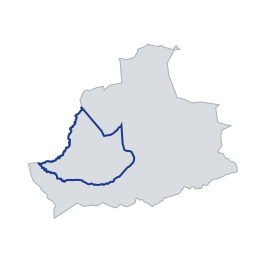 El Beni on a map of Bolivia (Natural Earth projection), rotated 263°
{"feature_id": "BOL-1293", "entity_name": "El Beni", "entity_type": "Department", "adm_level": 1, "iso_a3": "BOL", "parent_name": "Bolivia", "parent_adm1": "", "projection": "natural_earth1", "projection_center": [-65.092, -13.43], "detail": "fine", "context": "in_parent", "style": "outline", "palette": "blue", "viewbox_px": 256, "rotation_deg": 263, "n_neighbors": 0, "source": "natural_earth", "source_scale": "10m", "svg_char_len": 8645}
<svg xmlns="http://www.w3.org/2000/svg" viewBox="0 0 256 256"><g transform="rotate(263 128 128)"><path d="M49.1,148.6L48.7,145.0L48.1,144.1L47.3,143.5L47.0,142.8L47.3,142.0L48.9,140.5L49.8,140.2L50.0,139.5L52.9,135.2L53.8,134.3L54.9,133.7L55.3,133.2L55.1,131.7L55.1,130.6L55.5,130.0L57.5,128.7L57.6,128.1L56.7,127.3L54.9,126.6L53.7,126.6L52.6,125.5L50.3,119.0L49.9,117.5L49.9,116.9L51.4,113.7L53.2,111.2L53.0,110.6L51.0,108.0L50.4,106.9L50.6,104.2L51.7,103.4L52.3,101.1L52.7,100.7L53.8,99.1L55.2,97.7L55.3,95.9L55.8,95.4L57.0,94.9L57.1,94.4L56.8,93.2L56.2,92.0L55.7,91.4L55.1,88.3L54.4,86.8L55.1,85.4L55.6,83.8L55.7,82.0L55.6,74.2L57.1,72.2L57.8,71.8L58.5,71.1L58.5,69.9L59.5,68.2L47.4,43.9L52.1,44.0L57.2,44.9L58.1,45.4L58.3,46.2L58.9,46.6L60.3,46.4L64.5,44.3L65.1,43.6L66.5,41.3L67.7,40.0L68.7,39.6L70.9,39.4L71.5,39.8L72.4,39.7L73.1,38.4L74.3,36.9L76.5,35.1L77.6,34.6L78.3,34.0L79.5,33.9L80.6,33.2L85.7,28.6L87.8,27.4L90.2,26.9L92.0,26.3L96.6,25.6L99.5,25.4L100.4,26.0L101.5,25.8L102.4,24.8L103.1,24.5L103.7,24.5L104.5,25.7L104.9,27.0L104.6,28.0L104.6,29.4L105.0,31.3L104.8,33.0L103.1,36.0L103.0,37.0L103.1,38.2L103.6,40.2L104.5,43.0L104.7,45.1L104.0,46.4L103.7,47.6L103.8,48.5L104.0,49.2L104.4,49.6L104.6,50.4L104.7,51.6L105.2,52.7L106.2,53.8L106.7,54.8L106.5,55.8L106.5,56.4L106.8,56.7L107.5,56.2L107.8,56.3L108.5,57.7L109.0,59.1L109.1,60.0L111.3,60.8L114.2,63.6L115.6,64.3L116.8,67.3L119.0,67.9L123.3,68.7L125.3,67.7L126.6,67.9L128.0,68.5L131.2,71.0L132.5,71.5L133.5,70.8L134.3,70.6L135.0,70.9L135.7,73.0L138.1,75.3L139.0,76.0L140.1,76.0L144.6,78.1L145.7,78.3L146.9,78.1L147.7,78.6L148.0,79.8L150.0,82.4L151.0,83.4L152.1,84.3L155.0,84.3L155.8,84.5L161.7,83.7L163.8,84.9L169.3,88.4L170.4,90.8L170.6,92.0L170.3,93.3L169.8,93.8L169.7,94.6L169.9,95.9L170.7,97.0L171.5,100.7L172.0,101.4L172.3,108.8L168.2,109.0L168.9,109.7L172.7,115.0L173.5,127.4L195.4,128.3L195.9,128.3L197.6,127.6L198.0,127.6L197.9,130.9L196.2,133.4L196.1,134.1L196.3,137.5L196.9,140.1L197.1,142.5L197.8,143.3L199.7,144.6L202.5,146.9L203.6,147.2L204.6,146.9L205.2,147.9L205.3,149.4L207.8,156.5L208.2,157.4L209.0,157.9L208.8,158.3L208.2,158.4L207.9,159.0L205.0,168.9L205.7,169.0L205.9,171.0L205.0,171.1L204.8,171.6L200.3,182.0L203.8,185.7L203.4,186.3L201.7,186.9L200.7,188.4L199.8,188.6L200.1,186.0L199.9,183.7L199.6,183.2L187.6,174.8L175.4,175.0L155.4,179.8L152.1,180.4L149.9,186.9L145.1,194.9L145.1,202.8L140.0,221.2L138.8,220.0L137.9,218.3L137.6,217.5L126.5,217.6L126.0,217.9L125.2,217.9L124.6,217.6L124.1,217.6L123.3,218.0L122.5,218.6L118.7,227.0L118.1,230.0L117.9,230.5L117.3,229.5L115.3,223.4L114.2,221.1L113.0,220.4L109.1,219.2L102.1,219.0L99.9,219.2L98.8,219.1L97.6,217.8L95.0,215.6L94.5,214.9L93.5,214.4L92.9,214.4L92.5,214.8L91.5,218.3L90.9,219.3L87.3,220.7L86.4,220.9L85.9,221.7L85.6,222.9L85.2,224.0L82.7,225.5L82.1,226.2L81.8,227.7L80.0,230.4L74.9,231.5L73.3,231.5L72.1,231.3L71.0,230.5L70.8,229.0L71.0,227.4L70.9,225.3L70.0,222.8L70.1,221.9L69.9,220.7L69.5,218.4L68.3,217.2L67.8,213.6L66.8,211.5L66.7,206.5L63.5,200.9L62.2,200.6L61.8,200.2L61.7,199.4L61.7,197.4L62.8,195.9L59.3,193.2L59.1,192.6L59.1,192.0L60.0,190.9L59.4,189.6L59.5,188.4L59.1,187.8L59.1,187.5L59.5,187.1L61.2,186.7L61.7,185.5L61.7,184.5L61.5,183.8L59.9,181.9L59.9,181.6L63.0,177.1L62.9,176.7L62.6,176.3L60.9,175.0L59.0,172.8L57.7,171.8L56.7,170.7L56.2,169.8L56.0,167.4L55.4,164.9L54.5,159.0L53.8,156.8L54.5,155.7L54.4,155.4L51.5,153.7L50.9,151.0L49.1,148.6Z" fill="#d9dde1" stroke="#a8b0b8" stroke-width="1"/><path d="M103.7,35.1L103.7,35.3L103.8,35.4L103.5,36.0L103.3,36.3L103.0,36.3L103.2,36.8L103.1,37.0L103.1,37.3L103.2,37.8L103.2,38.8L103.4,39.1L103.6,39.3L103.8,39.5L103.9,39.9L103.8,40.8L103.6,41.5L104.2,41.9L104.4,42.1L104.6,42.3L104.7,42.6L104.8,43.9L105.0,44.2L105.0,44.4L104.9,44.5L104.6,44.8L104.4,45.2L104.4,45.5L104.5,46.1L104.4,46.3L103.9,46.8L103.7,47.1L103.7,47.5L103.8,47.7L104.1,47.9L104.2,48.1L104.1,48.3L103.8,48.6L103.8,49.0L104.0,49.3L104.6,49.8L104.6,50.0L104.3,50.5L104.2,50.7L104.7,52.1L105.1,52.6L105.6,52.4L106.0,52.8L106.1,53.0L106.0,53.4L106.1,53.8L106.4,54.0L106.7,54.2L106.8,54.3L106.5,54.4L106.4,54.6L106.5,55.0L106.3,55.5L106.3,56.1L106.4,56.3L106.8,56.7L107.0,56.8L107.1,56.7L107.2,55.7L107.3,55.6L107.5,55.5L107.5,56.0L108.1,56.5L108.3,57.0L108.5,57.5L108.5,58.1L108.6,58.5L109.0,58.8L109.1,59.1L108.8,59.6L108.8,59.9L108.9,60.1L109.1,60.3L109.5,60.5L110.0,60.5L110.9,60.7L111.2,60.6L111.8,60.9L112.0,61.4L112.1,61.7L112.6,62.2L112.5,62.5L112.8,62.7L112.9,62.1L113.0,62.0L113.3,62.3L113.3,62.5L113.2,62.8L113.5,63.2L114.5,63.7L115.1,63.8L115.3,64.0L115.6,64.2L115.9,64.1L116.1,64.3L116.2,64.6L116.1,65.3L115.8,66.0L116.4,66.5L116.7,67.1L117.1,67.5L117.4,67.7L117.7,67.7L118.3,67.6L118.5,67.7L118.6,68.2L118.8,68.2L119.3,67.8L119.6,67.8L119.8,67.9L120.0,68.0L120.4,68.5L120.5,68.5L120.8,68.0L121.0,68.3L121.9,68.3L122.1,68.8L122.4,68.8L122.8,68.6L123.0,68.6L123.3,68.9L123.5,68.9L123.7,68.7L124.3,67.8L124.3,67.7L125.1,67.5L127.1,67.8L127.8,68.3L128.4,68.8L128.6,69.0L129.2,69.0L129.4,69.1L129.6,69.4L129.7,69.9L130.0,70.1L130.1,70.4L130.6,70.8L131.1,70.9L131.4,71.3L131.6,71.4L132.6,71.4L132.9,71.1L133.2,70.8L133.5,70.8L133.6,70.5L134.0,70.3L134.9,70.6L135.0,70.8L135.1,71.4L135.3,71.6L135.2,71.8L135.2,72.0L135.7,72.6L135.8,73.1L135.9,73.4L136.0,73.6L136.5,73.8L136.8,73.6L136.9,73.9L137.7,75.0L138.1,75.2L138.2,75.3L138.3,75.7L138.5,75.9L138.7,76.1L139.0,76.2L139.0,75.9L139.6,75.8L139.9,75.5L140.1,75.5L140.3,75.7L140.6,75.9L140.6,76.4L140.7,76.5L141.8,77.1L142.7,77.1L143.0,77.1L143.1,77.3L143.5,77.8L143.6,78.0L143.8,78.0L144.2,78.2L144.8,78.3L145.0,78.3L145.1,78.1L145.4,78.3L145.6,78.2L145.8,78.1L146.5,77.9L146.6,78.0L147.0,78.3L147.0,77.9L147.4,78.4L147.6,78.4L147.8,79.7L147.8,80.0L148.0,80.2L148.2,80.4L148.8,81.2L149.0,81.3L149.2,81.7L149.8,82.1L150.5,82.8L151.0,83.2L151.3,84.4L151.5,84.5L151.8,84.6L152.6,84.4L152.8,84.5L153.1,84.3L153.7,84.1L154.7,84.0L128.2,101.4L123.5,103.0L122.9,103.3L123.2,104.8L123.2,106.6L123.3,107.4L123.3,107.9L123.1,108.8L123.2,109.5L123.3,109.8L123.7,110.5L124.2,112.1L125.6,114.6L125.9,114.9L126.4,115.1L126.6,115.4L126.6,115.6L126.7,116.3L126.8,116.5L127.4,117.3L127.6,117.4L127.9,117.5L128.0,117.5L128.4,117.9L129.1,118.3L129.3,118.7L129.5,119.0L129.9,119.6L129.9,120.4L130.0,120.7L130.1,120.9L130.6,121.4L131.2,121.6L131.5,121.8L113.6,120.8L113.4,120.8L113.2,120.7L111.9,121.0L106.8,121.7L106.4,122.0L105.8,123.3L105.4,124.3L105.3,124.5L105.3,125.0L104.6,127.5L104.4,128.0L104.2,128.2L102.9,128.9L98.3,130.5L97.8,130.5L97.2,130.5L95.8,130.1L94.7,129.7L94.0,129.4L92.7,128.4L92.4,128.1L90.3,125.5L89.5,124.3L89.0,123.0L88.9,122.7L84.6,117.8L81.9,114.9L81.6,114.4L81.5,114.2L80.9,113.9L80.8,113.7L80.7,113.5L80.6,113.2L80.7,112.4L80.7,112.0L79.8,110.0L79.5,109.4L79.0,108.8L78.6,108.0L78.3,107.7L78.0,107.6L77.7,107.7L77.4,107.6L76.8,107.2L76.6,106.9L76.5,106.4L76.4,105.8L76.6,104.6L76.6,103.9L76.5,103.6L76.4,103.3L75.7,102.7L75.5,102.2L75.0,101.1L75.1,100.9L75.5,100.4L75.7,100.1L75.7,99.8L75.6,99.5L75.4,99.2L75.1,98.9L75.1,98.7L75.0,98.3L74.9,98.1L74.7,97.5L74.6,96.9L74.6,96.6L74.8,96.5L75.2,96.3L75.4,96.1L75.5,95.8L75.3,95.0L75.3,94.1L75.2,92.7L75.0,92.0L75.0,91.7L75.4,89.9L75.7,89.2L75.8,88.9L75.6,88.5L75.6,88.2L75.9,87.2L76.4,86.6L76.7,86.1L77.2,85.3L77.3,85.1L77.3,84.7L77.1,84.3L76.9,82.9L76.9,82.4L77.1,81.8L77.7,80.8L77.8,80.6L78.3,80.1L79.4,78.7L79.6,78.1L80.0,77.7L80.6,76.6L80.8,76.4L81.0,76.3L81.3,76.4L81.5,76.3L82.1,74.5L82.8,70.9L82.9,70.5L82.6,69.5L83.1,68.6L83.1,68.3L83.0,68.1L83.0,67.9L83.0,66.9L83.0,66.6L83.4,65.7L83.2,64.9L83.3,64.5L83.6,63.9L83.6,63.5L83.5,63.1L83.5,62.7L83.7,62.0L83.8,61.4L83.7,60.6L83.5,59.8L83.2,59.2L82.9,58.9L82.7,59.0L82.5,58.7L82.5,58.3L82.5,58.0L82.7,57.9L83.0,58.0L83.2,57.9L83.6,57.5L83.8,57.2L83.7,56.9L83.4,56.5L83.4,56.2L83.6,56.1L84.3,56.1L84.9,55.4L85.1,55.4L85.5,55.4L85.8,55.3L86.0,55.0L86.0,54.6L85.9,53.8L86.0,53.5L86.3,53.1L86.3,52.8L86.3,52.4L86.3,52.0L86.4,51.7L86.7,51.6L88.0,51.5L88.9,51.6L89.2,51.5L90.0,51.0L90.9,50.8L91.3,50.7L91.4,50.1L92.1,49.9L92.3,49.6L92.2,49.4L92.1,49.2L92.0,48.7L92.1,48.4L92.6,47.7L92.7,47.4L92.6,46.6L92.6,46.2L92.8,46.2L93.3,46.3L93.6,45.9L93.7,45.4L93.7,44.9L93.8,44.4L93.9,44.2L94.1,44.3L94.3,44.2L94.5,43.9L94.7,43.3L94.9,42.6L94.8,42.3L94.7,42.3L94.4,42.4L94.3,42.5L94.1,42.3L94.1,42.2L94.5,42.0L95.1,41.5L95.4,41.4L95.9,41.5L96.5,41.7L97.0,41.7L97.1,41.3L97.1,41.0L96.9,40.7L96.7,40.5L96.5,40.4L96.3,40.3L96.4,40.0L96.6,39.7L96.8,39.6L97.1,39.9L97.3,40.3L97.5,40.3L97.9,40.2L98.4,40.0L98.8,39.7L98.9,38.8L98.7,38.1L98.8,37.8L99.1,37.7L99.9,38.0L100.2,37.8L100.8,37.3L101.9,36.6L102.0,36.5L102.1,36.2L102.3,35.8L102.8,35.4L103.0,35.3L103.7,35.1Z" fill="none" stroke="#1e3a8a" stroke-width="2"/></g></svg>